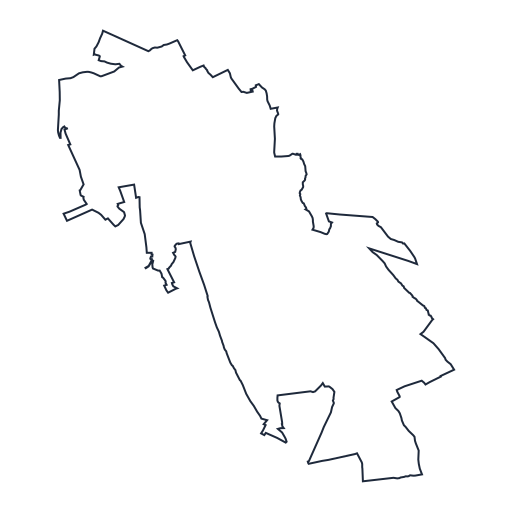 Zapodeni, Vaslui, Romania (Natural Earth projection)
{"feature_id": "2599482B89802278071969", "entity_name": "Zapodeni", "entity_type": "district", "adm_level": 2, "iso_a3": "ROU", "parent_name": "Romania", "parent_adm1": "Vaslui", "projection": "natural_earth1", "projection_center": [27.651, 46.76], "detail": "fine", "context": "isolated", "style": "outline", "palette": "slate", "viewbox_px": 512, "rotation_deg": 0, "n_neighbors": 0, "source": "geoboundaries", "source_scale": "gbopen_adm2", "svg_char_len": 5984}
<svg xmlns="http://www.w3.org/2000/svg" viewBox="0 0 512 512"><path d="M362.9,481.3L393.5,477.8L397.3,478.4L399.5,478.1L400.5,477.5L404.1,476.9L405.7,476.3L407.4,476.4L408.6,476.2L410.1,475.3L413.4,475.7L415.3,475.6L422.0,474.4L419.8,468.7L418.8,463.9L418.3,459.6L418.7,450.6L415.8,443.3L415.0,440.8L414.5,436.8L413.3,435.3L408.7,430.9L405.6,426.9L403.9,425.2L401.9,420.5L401.4,418.0L399.8,413.3L398.4,411.0L395.4,408.1L391.7,401.5L399.6,397.1L399.7,396.3L397.3,391.8L396.7,390.0L404.6,386.3L421.7,380.7L424.1,382.7L425.5,384.5L429.7,382.1L440.8,376.6L440.6,376.0L454.1,369.7L450.7,364.2L447.4,361.6L445.6,359.7L445.1,358.1L438.6,349.1L433.4,343.2L420.5,334.1L423.5,331.8L432.2,320.0L433.1,319.2L431.9,318.1L431.3,316.6L430.6,315.6L429.7,315.5L428.7,314.7L428.8,314.2L428.5,313.5L427.8,310.5L426.5,309.9L425.9,308.3L424.9,307.8L424.4,306.3L424.0,305.9L423.0,305.5L417.0,300.7L416.7,299.8L415.4,298.5L414.7,298.3L412.6,296.8L412.7,296.3L412.0,295.2L410.0,293.0L409.2,292.8L404.1,287.9L403.7,286.4L402.4,285.6L401.0,283.4L398.4,281.6L397.4,279.8L395.7,278.4L393.3,275.1L388.5,269.8L386.1,266.5L384.7,263.4L382.7,261.1L376.7,255.0L372.6,252.1L369.2,248.4L408.5,261.0L417.0,264.1L415.1,258.5L414.3,257.0L410.2,250.9L404.3,243.4L403.1,243.6L402.0,242.4L398.2,241.8L394.2,240.0L390.8,239.0L388.0,236.6L380.9,227.2L378.5,225.9L377.1,224.5L376.8,223.4L378.0,222.4L377.9,221.7L375.3,219.1L372.6,217.0L339.7,214.5L326.7,213.2L326.1,213.5L328.9,221.4L332.0,222.5L330.9,223.8L330.9,226.2L330.0,228.4L329.3,229.3L328.8,231.6L327.2,234.0L326.4,234.2L324.7,233.8L320.6,232.1L312.5,229.7L313.6,227.8L313.7,226.3L312.9,221.6L312.9,220.0L312.6,218.0L311.9,216.4L309.0,211.4L305.6,209.4L306.4,209.0L306.0,207.5L304.9,206.1L303.8,203.4L302.7,202.9L301.4,200.7L300.8,199.2L300.6,197.2L299.9,195.5L300.3,194.1L299.7,193.2L299.9,192.0L300.6,190.4L301.6,189.8L303.1,187.2L303.2,186.1L302.8,184.2L302.8,182.3L304.7,180.4L305.1,179.6L305.0,178.7L305.5,177.4L305.6,175.9L306.6,174.4L306.4,173.3L305.6,171.2L305.2,166.2L304.1,163.9L303.4,161.5L302.2,159.3L301.3,159.1L300.7,158.4L300.9,158.1L300.4,156.4L300.5,155.3L300.1,154.2L299.0,154.9L298.0,154.8L297.7,153.8L296.6,153.8L296.3,154.7L296.1,154.8L292.8,153.7L292.3,153.8L289.5,155.7L288.3,156.0L281.8,156.5L275.1,156.5L274.2,152.7L274.2,151.5L274.9,138.9L274.2,126.4L274.4,123.3L275.3,118.1L276.4,115.9L278.2,114.4L278.1,113.5L277.0,110.6L277.2,108.8L277.7,107.5L270.7,108.8L269.7,105.5L267.6,101.3L267.2,99.7L267.1,96.4L266.6,93.3L265.8,90.6L264.7,89.3L262.0,87.5L258.8,84.1L255.8,85.3L256.0,86.9L252.3,88.8L250.6,89.2L250.8,91.1L252.5,90.8L252.7,91.6L246.8,92.9L243.3,91.8L241.5,92.0L238.7,88.6L231.4,78.5L230.8,77.2L229.9,73.3L227.8,69.9L212.8,77.2L210.5,74.7L208.4,72.9L207.2,70.8L207.2,70.3L205.5,68.4L205.4,67.9L204.2,67.0L203.6,65.5L200.5,66.7L192.8,70.3L187.0,62.2L184.0,57.1L183.6,56.2L185.2,55.4L178.1,41.3L177.2,40.2L169.4,43.6L166.9,44.5L163.7,45.0L161.7,46.5L157.3,47.7L154.9,47.5L152.8,48.1L151.5,48.8L150.0,50.3L148.4,51.2L103.0,30.7L102.2,33.7L100.1,38.2L98.6,42.3L96.4,46.5L94.5,48.7L93.8,54.7L94.9,54.3L95.5,54.7L98.8,55.5L99.7,56.1L99.8,56.5L98.7,60.2L101.1,61.1L104.5,61.4L107.0,62.6L110.8,63.7L115.4,64.3L119.4,63.8L121.0,65.8L122.4,66.6L119.0,67.5L114.2,71.5L101.6,76.2L100.3,76.3L93.8,73.3L91.4,72.5L88.9,71.9L87.1,71.8L82.8,72.3L79.0,73.3L73.4,77.1L70.5,78.2L65.6,78.6L59.1,80.0L59.7,92.0L59.8,100.3L58.8,110.7L58.8,114.7L57.9,130.1L58.2,132.6L59.0,135.6L60.0,137.9L60.6,137.9L60.5,132.7L61.5,129.0L63.1,127.2L64.3,126.5L64.6,127.1L65.9,128.1L66.9,128.3L67.0,128.6L64.5,129.5L65.6,133.6L70.3,144.4L68.2,145.0L79.6,169.9L80.9,176.7L83.6,184.4L80.3,190.1L79.7,190.4L80.6,195.0L81.1,195.6L83.6,196.8L83.4,198.0L83.8,199.8L86.7,204.0L85.8,204.6L69.5,211.7L63.6,213.7L67.0,220.8L92.1,209.6L98.5,212.8L101.1,214.8L105.4,219.7L107.9,218.4L113.6,224.8L115.3,226.4L118.2,225.0L123.5,219.1L124.7,216.6L125.0,215.5L124.2,212.6L123.9,212.0L119.3,208.7L117.5,206.5L117.6,205.9L118.2,205.1L117.7,203.9L124.2,202.0L120.2,190.8L118.7,187.3L134.1,184.6L136.1,197.8L138.3,197.0L139.5,197.2L139.7,207.4L140.1,210.4L140.9,222.8L144.7,234.1L146.4,247.3L146.8,252.8L151.6,252.8L151.6,254.2L152.5,254.5L152.3,256.5L151.0,256.5L150.3,258.4L150.5,259.0L151.8,259.2L151.1,261.5L148.7,265.9L145.5,267.8L145.8,268.2L148.6,266.4L152.2,260.4L152.6,260.4L153.2,260.8L152.3,264.4L152.6,267.5L153.0,268.5L158.1,270.6L159.7,270.6L161.5,273.7L162.2,277.2L163.1,277.7L165.5,280.9L165.7,281.9L165.5,282.8L166.6,284.8L164.2,285.6L166.4,290.3L168.1,292.7L175.9,288.7L177.1,288.3L173.3,286.3L172.3,284.4L171.9,283.0L174.1,282.3L167.4,269.1L168.8,268.5L169.1,267.7L171.0,265.7L171.7,264.1L173.4,262.1L175.3,258.0L175.6,256.6L175.1,255.7L174.3,255.0L173.1,252.8L175.2,251.9L175.8,249.1L175.4,247.6L174.6,246.6L174.7,245.9L176.0,244.3L177.0,243.6L178.6,243.4L178.8,244.1L190.6,241.6L190.2,242.8L194.1,256.1L199.3,271.6L204.1,284.8L207.7,296.1L207.4,296.7L208.0,299.9L209.0,302.3L210.4,307.7L215.0,322.2L216.8,327.3L218.9,331.8L220.0,335.6L222.0,340.9L222.1,341.8L223.6,345.8L223.9,347.4L224.8,349.6L226.2,351.3L226.7,353.3L230.3,362.6L231.9,365.3L232.7,365.8L234.0,368.3L235.4,370.1L236.0,372.6L239.9,380.2L240.6,380.7L242.8,385.1L246.2,393.8L250.3,401.1L253.8,405.9L257.1,411.6L260.1,415.9L261.4,418.6L267.1,420.2L263.7,424.2L265.6,425.1L263.0,430.4L261.1,433.4L264.3,435.1L265.8,432.9L277.1,437.9L285.7,442.6L286.6,441.7L285.6,438.7L284.6,436.8L282.1,432.5L277.9,428.9L280.3,428.2L283.7,428.1L282.4,426.3L281.9,424.1L282.2,424.0L282.1,422.1L279.4,405.8L279.7,403.4L278.5,402.6L277.8,401.7L277.4,400.4L277.4,397.8L277.6,395.4L310.5,391.3L313.0,392.1L315.1,391.4L321.1,385.4L322.8,383.1L324.8,386.6L328.8,386.4L329.7,386.9L332.5,389.1L334.4,391.9L333.5,397.8L333.6,399.0L332.9,400.6L333.8,402.8L333.8,403.4L332.1,407.0L330.9,412.4L323.8,427.0L321.5,432.8L309.1,460.7L308.7,461.3L307.8,461.6L308.2,463.0L308.7,463.8L322.1,460.9L328.4,459.9L355.2,454.0L357.0,453.3L361.8,462.4L362.2,464.0L362.2,467.2L362.4,468.7L362.9,481.3Z" fill="none" stroke="#1e293b" stroke-width="2"/></svg>